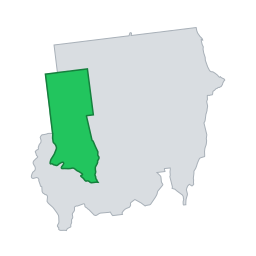 Sudan, with North Darfur highlighted, rotated 353°
{"feature_id": "SDN-881", "entity_name": "North Darfur", "entity_type": "State", "adm_level": 1, "iso_a3": "SDN", "parent_name": "Sudan", "parent_adm1": "", "projection": "robinson", "projection_center": [25.452, 15.918], "detail": "fine", "context": "in_parent", "style": "filled", "palette": "green", "viewbox_px": 256, "rotation_deg": 353, "n_neighbors": 0, "source": "natural_earth", "source_scale": "10m", "svg_char_len": 5580}
<svg xmlns="http://www.w3.org/2000/svg" viewBox="0 0 256 256"><g transform="rotate(353 128 128)"><path d="M176.1,211.2L173.8,211.2L173.5,210.6L173.6,208.9L173.8,207.6L174.6,205.6L174.4,204.5L174.5,202.9L173.9,201.2L168.4,196.0L167.3,194.6L164.4,193.3L164.9,191.9L163.6,181.3L164.2,180.1L164.3,178.3L164.3,176.7L165.0,174.0L165.0,172.8L159.2,172.7L159.1,173.9L159.4,175.2L159.4,175.7L151.3,175.7L154.6,179.9L154.7,181.7L154.6,183.9L154.6,185.4L154.8,186.3L155.7,188.2L155.6,188.5L155.4,189.0L149.7,194.5L148.8,197.0L148.0,198.4L146.3,200.6L141.1,206.5L140.2,206.9L136.2,207.1L135.8,207.2L135.5,207.5L135.4,207.4L131.9,204.0L126.1,199.8L122.3,202.0L121.3,202.8L121.2,204.8L120.7,205.8L119.6,206.9L116.8,207.6L115.3,208.2L113.6,209.4L111.9,211.2L111.8,212.2L112.0,213.1L102.2,213.1L101.6,212.4L100.1,209.2L99.1,209.4L90.3,209.1L89.0,209.4L86.4,210.7L85.2,210.9L83.8,210.3L79.2,204.2L78.2,203.4L77.1,202.0L76.1,201.3L75.8,200.9L75.7,200.2L75.7,198.9L75.4,198.0L74.6,197.8L68.3,199.3L67.4,199.1L66.1,199.4L65.7,199.6L65.1,200.4L65.0,202.1L64.9,202.9L64.4,203.9L62.6,205.9L62.2,206.8L62.3,209.1L62.2,210.3L61.9,210.8L61.1,211.7L60.8,212.2L60.5,215.1L59.5,216.9L59.3,217.5L59.3,218.8L59.1,219.2L56.3,220.2L55.2,220.9L54.5,221.9L54.4,222.3L53.2,221.9L51.6,221.7L48.6,221.4L47.5,220.9L46.9,220.2L47.1,218.4L46.8,218.0L46.3,217.7L46.0,217.0L46.1,216.0L47.6,214.0L48.0,212.9L48.4,207.7L48.3,206.2L47.0,203.3L44.2,198.3L43.5,197.3L39.9,193.2L39.5,192.6L38.7,190.9L39.6,187.1L39.7,186.0L39.4,185.0L38.5,184.1L37.7,184.1L36.7,183.0L36.0,182.6L35.4,181.7L35.0,180.4L35.3,176.0L35.1,175.4L34.2,175.2L34.0,174.9L34.0,174.0L33.5,171.5L33.0,169.4L33.3,168.2L32.5,166.6L31.1,166.0L28.2,166.5L27.3,166.4L26.7,166.1L26.3,165.5L26.1,164.8L26.3,163.8L27.1,161.9L28.1,160.3L30.2,158.9L30.7,158.2L31.0,157.3L31.1,156.4L31.0,155.3L30.7,154.4L30.1,153.2L29.6,151.7L29.6,150.8L29.8,150.1L30.4,149.2L32.4,147.6L34.5,146.2L34.9,145.7L34.7,145.1L33.8,144.0L33.5,141.8L33.0,140.3L34.0,139.2L34.8,138.7L36.0,138.4L36.5,137.9L36.6,137.0L36.6,136.1L37.0,135.5L37.6,134.1L38.1,133.4L39.7,131.8L40.0,130.7L40.2,129.7L39.7,126.6L40.6,125.3L41.8,124.3L43.5,124.3L46.1,124.1L47.9,123.7L49.2,123.7L52.1,124.2L52.4,124.0L52.5,123.2L52.6,64.5L64.5,64.5L64.7,64.4L64.7,36.6L139.7,36.6L140.3,36.5L141.5,33.9L142.0,33.7L142.7,33.9L143.0,34.5L142.4,36.6L207.9,36.6L208.1,39.8L208.7,42.3L210.6,45.9L212.2,47.9L212.8,49.0L212.8,49.5L212.8,49.9L212.3,49.4L211.5,49.0L211.4,50.7L211.8,54.2L212.6,56.6L212.1,58.9L212.3,62.7L213.2,67.3L213.0,70.2L214.5,77.0L215.9,80.8L216.7,81.8L217.5,82.3L219.1,82.6L221.4,84.5L223.3,86.5L224.0,87.6L224.9,88.8L225.5,88.6L225.9,88.3L226.5,89.2L229.5,91.2L229.9,92.2L228.9,93.1L227.7,94.7L227.1,96.2L226.8,96.7L225.9,97.6L225.7,98.0L225.3,98.3L224.8,98.3L223.8,98.9L222.9,98.7L222.0,99.0L221.7,99.3L221.0,99.6L220.0,99.8L218.5,101.1L217.2,101.7L216.7,102.2L216.1,104.7L215.6,105.3L213.6,105.4L212.7,105.6L211.4,105.3L210.7,105.4L210.6,105.9L210.4,108.0L210.4,109.0L209.3,111.4L209.7,116.0L208.7,119.4L208.6,120.2L207.5,122.9L207.0,123.9L205.7,129.0L205.2,130.6L204.0,132.2L205.4,144.4L204.4,148.1L204.5,150.2L203.8,153.2L203.3,154.6L202.4,156.3L201.7,158.1L201.1,160.6L200.7,165.3L200.5,165.7L197.0,166.3L195.9,166.6L195.2,167.1L194.3,168.4L192.5,171.6L191.6,173.7L190.2,176.4L188.5,178.4L188.1,179.3L187.9,181.1L187.2,183.9L186.7,185.9L186.8,187.5L186.3,190.3L186.4,191.7L185.8,192.4L185.0,193.1L184.4,193.3L182.0,191.4L180.3,192.7L179.2,194.5L178.4,196.3L178.9,200.2L178.9,201.0L178.6,202.0L177.0,205.7L176.6,207.5L176.1,210.5L176.1,211.2Z" fill="#d9dde1" stroke="#a8b0b8" stroke-width="1"/><path d="M63.3,64.5L64.5,64.5L64.6,64.4L64.9,64.4L94.9,64.4L95.2,110.7L94.9,110.7L88.4,110.7L88.3,110.9L88.2,111.1L90.8,135.8L91.0,136.1L91.5,136.4L92.0,137.6L93.3,142.2L95.2,148.0L94.7,151.1L94.7,151.3L94.7,151.5L95.5,152.9L95.6,153.5L95.6,154.0L95.4,154.6L95.4,154.8L95.3,155.0L94.0,156.7L93.8,156.8L93.8,157.0L93.7,158.3L93.3,159.0L93.2,159.5L92.9,159.9L91.0,162.6L90.7,163.4L90.7,163.6L90.5,165.5L90.6,167.2L90.6,167.4L90.6,167.6L90.2,168.8L89.6,170.0L89.5,170.3L89.5,170.7L90.0,172.6L90.0,172.9L89.9,173.4L89.9,174.1L89.9,174.3L90.0,174.4L90.6,175.5L90.7,175.8L90.8,176.3L90.8,176.6L91.6,178.2L89.9,177.9L85.1,177.9L84.7,177.8L84.1,177.5L83.5,177.0L82.9,176.3L82.7,176.1L82.3,175.9L81.6,175.6L81.1,175.5L80.7,175.5L80.3,175.6L79.8,175.6L79.4,175.3L78.8,174.7L77.6,172.6L76.5,171.4L75.8,170.7L75.4,170.2L75.3,169.9L75.3,169.7L75.5,169.5L75.8,169.3L76.9,169.0L77.1,168.8L77.2,168.6L77.2,168.3L77.1,168.1L76.9,167.8L74.2,165.4L73.6,165.1L72.0,164.0L69.7,161.6L69.3,161.4L68.9,161.2L68.4,161.1L67.9,161.0L65.9,161.2L63.9,161.1L60.2,160.5L57.9,160.3L57.5,160.2L57.2,160.0L57.0,159.6L57.0,159.2L57.2,158.8L57.4,158.4L59.1,156.6L59.6,155.9L59.8,155.5L59.9,155.2L59.8,154.7L59.6,154.3L59.4,154.1L59.0,154.0L58.5,154.0L58.1,154.1L57.6,154.2L55.6,155.0L53.6,156.3L53.1,156.5L52.6,156.5L52.2,156.5L51.3,156.0L50.0,155.6L49.6,155.3L49.3,155.1L48.9,154.7L48.6,154.4L48.2,154.3L47.9,154.2L47.2,154.2L46.8,154.2L46.6,154.0L46.4,153.6L46.5,152.9L46.9,151.6L47.7,149.8L51.6,145.0L54.2,140.2L54.4,139.7L54.5,139.2L54.6,138.7L54.5,138.1L54.3,136.8L53.9,135.9L53.6,135.2L53.1,134.5L52.5,133.8L52.2,133.3L52.0,132.6L52.0,131.7L52.0,129.6L51.9,129.0L52.7,124.3L52.5,124.0L52.5,123.2L52.5,119.9L52.5,116.7L52.5,113.5L52.5,110.2L52.5,107.0L52.5,103.8L52.6,100.5L52.6,97.3L52.6,94.1L52.6,90.8L52.6,87.6L52.6,84.4L52.6,81.1L52.6,77.9L52.6,74.6L52.6,71.4L52.6,69.7L52.6,67.9L52.6,66.2L52.6,64.5L54.6,64.5L55.6,64.5L56.9,64.5L58.6,64.5L60.1,64.5L61.5,64.5L63.3,64.5Z" fill="#22c55e" stroke="#15803d" stroke-width="1.5"/></g></svg>